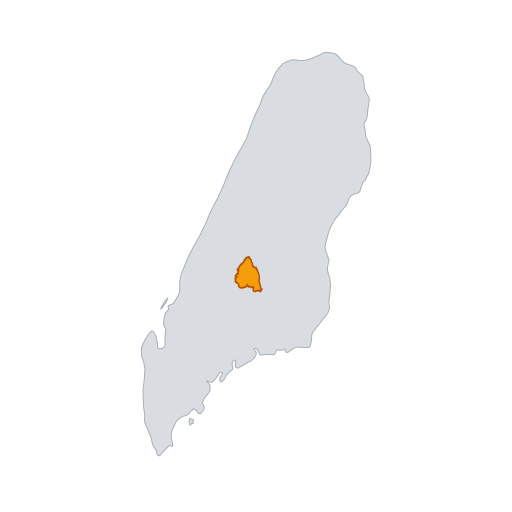 Ankazobe, Analamanga, Madagascar shown in context, rotated 189°
{"feature_id": "10022922B97289291498871", "entity_name": "Ankazobe", "entity_type": "district", "adm_level": 2, "iso_a3": "MDG", "parent_name": "Madagascar", "parent_adm1": "Analamanga", "projection": "robinson", "projection_center": [47.026, -18.235], "detail": "fine", "context": "in_parent", "style": "filled", "palette": "amber", "viewbox_px": 512, "rotation_deg": 189, "n_neighbors": 0, "source": "geoboundaries", "source_scale": "gbopen_adm2", "svg_char_len": 8168}
<svg xmlns="http://www.w3.org/2000/svg" viewBox="0 0 512 512"><g transform="rotate(189 256 256)"><path d="M329.1,54.7L330.3,58.0L331.8,61.1L336.4,68.8L338.4,71.7L340.1,74.8L340.9,81.1L343.8,90.8L346.5,105.3L347.3,120.2L348.1,127.1L350.2,133.5L353.7,140.2L354.8,147.7L352.7,155.4L349.5,162.6L348.7,163.9L347.2,165.8L346.6,165.7L344.1,163.8L342.1,160.8L339.5,153.6L338.6,150.0L337.5,149.4L334.5,149.7L332.3,152.0L331.9,153.4L332.4,157.4L333.2,161.1L333.5,164.8L333.6,169.4L334.4,170.9L335.6,172.0L336.8,175.1L337.0,182.4L336.2,186.0L334.1,189.2L334.2,190.9L335.0,192.7L334.2,193.8L331.4,195.2L330.2,196.4L328.7,199.6L326.2,206.1L325.9,209.4L327.4,219.6L326.9,226.8L323.7,240.6L321.9,247.2L319.3,255.0L315.4,265.3L311.4,278.2L308.1,291.5L305.6,299.5L302.9,307.4L299.0,321.3L295.8,335.5L291.0,351.0L284.4,368.4L283.7,370.7L282.3,379.5L280.8,387.2L279.1,394.8L275.4,407.4L275.0,411.3L274.1,415.0L270.6,422.9L269.1,425.9L268.0,429.0L267.4,432.9L266.4,436.7L263.8,443.8L259.9,449.8L257.3,452.0L251.6,455.2L248.8,455.8L242.4,455.9L236.2,457.7L229.8,461.2L223.6,465.2L221.3,467.1L218.7,468.2L210.5,468.4L208.1,467.6L199.8,461.0L196.7,459.9L190.7,459.0L188.8,458.4L187.2,457.6L184.7,454.1L179.9,451.2L178.7,450.3L178.0,448.3L177.5,446.2L176.2,443.7L175.3,439.1L173.7,435.9L169.2,430.2L168.7,428.4L168.3,422.4L168.5,418.3L168.0,410.8L168.5,407.3L170.0,404.2L169.4,400.7L167.7,397.1L167.0,393.4L165.8,390.0L161.1,383.9L160.0,380.9L159.2,377.8L157.4,368.1L157.2,364.7L157.4,357.5L158.0,353.9L159.1,351.3L159.4,349.4L160.1,347.7L161.2,346.4L162.0,344.9L163.6,335.7L165.9,333.7L169.1,332.5L171.8,330.1L173.2,326.9L174.7,320.3L178.8,313.7L180.3,310.2L183.6,305.0L186.5,297.6L187.4,294.1L188.1,290.5L188.8,282.7L189.3,278.9L189.2,275.0L187.5,271.1L183.4,263.9L183.3,262.5L183.6,257.2L183.2,253.3L181.7,249.5L179.8,245.9L177.9,239.1L176.9,227.9L177.1,223.9L176.5,220.3L175.2,216.8L176.1,210.9L188.2,189.2L188.5,186.6L188.0,180.0L188.3,176.1L188.7,174.7L189.6,173.9L191.7,173.5L201.5,172.5L202.8,171.9L205.2,170.0L208.6,166.5L210.1,165.5L211.4,165.8L212.3,167.4L213.4,168.2L217.4,166.6L218.9,166.5L220.4,166.8L221.2,165.3L221.6,163.4L222.2,162.0L223.2,161.2L228.3,160.7L231.6,160.2L235.8,158.8L236.7,159.1L240.1,164.0L241.2,164.5L242.5,164.7L243.6,163.8L240.9,161.2L240.4,159.7L240.6,158.0L242.1,154.4L244.5,151.7L250.0,147.6L255.7,142.8L257.4,142.4L258.8,143.2L259.9,148.8L259.7,149.8L260.6,149.9L261.7,149.2L262.7,146.9L262.7,145.0L261.9,143.2L261.6,141.7L261.5,140.3L264.4,136.9L266.7,133.7L267.8,129.9L268.7,128.2L271.1,126.2L271.8,126.5L272.3,128.1L272.7,129.8L272.0,131.5L271.2,133.2L270.8,135.4L272.2,135.8L273.4,135.3L275.3,131.3L277.4,127.5L278.7,125.5L280.3,124.1L283.0,124.4L285.5,125.2L281.3,121.2L280.3,115.7L285.3,106.2L285.4,104.2L286.1,103.6L286.4,102.8L283.8,99.6L283.3,98.0L283.7,95.6L284.9,93.4L286.1,91.9L287.7,91.3L288.9,92.2L291.7,94.8L293.6,95.2L295.9,92.7L297.7,89.5L300.5,87.3L303.7,86.0L308.6,81.0L311.7,70.5L312.0,67.5L311.3,63.8L310.2,60.3L308.3,55.9L308.8,54.9L311.4,55.5L312.3,54.9L315.2,51.0L320.0,43.6L321.5,43.6L322.9,45.0L323.4,47.0L324.3,48.5L327.5,52.0L329.1,54.7ZM296.0,84.0L296.0,85.2L292.4,84.7L291.9,80.7L293.6,80.6L294.0,79.0L295.1,78.8L296.3,82.3L296.0,84.0ZM339.6,195.5L336.5,201.2L337.4,196.4L341.0,189.5L342.0,188.9L339.6,195.5Z" fill="#d9dde1" stroke="#a8b0b8" stroke-width="1"/><path d="M270.3,244.2L270.4,243.8L270.5,243.7L270.7,243.4L270.6,243.2L270.7,242.9L270.8,242.7L270.9,242.4L270.9,242.2L271.2,242.0L271.2,241.8L271.2,241.6L271.4,241.5L271.4,241.2L271.5,240.9L271.3,240.7L271.9,240.4L271.9,240.2L272.0,240.2L271.9,240.0L271.7,239.6L271.8,239.6L272.0,239.6L271.9,239.4L271.7,239.4L271.8,239.2L271.3,239.2L271.1,239.2L271.2,238.9L271.0,238.6L270.9,238.4L271.0,238.2L270.9,238.1L270.9,237.9L271.1,237.8L271.0,237.6L271.1,237.4L271.1,237.5L271.4,237.7L271.3,237.3L271.2,237.2L271.4,236.9L271.4,236.7L271.2,236.6L271.2,236.3L271.3,236.2L271.1,236.0L271.1,235.8L271.3,236.0L271.6,235.9L271.9,235.6L271.7,235.4L271.8,235.2L272.1,235.1L272.3,235.0L272.0,234.6L272.1,234.4L272.3,234.2L272.5,234.3L272.5,234.1L272.8,233.9L273.0,233.7L272.9,233.5L272.8,233.4L273.0,233.1L272.8,233.1L272.7,233.0L272.9,232.8L272.8,232.6L272.7,232.4L272.7,232.2L272.4,232.3L272.3,232.1L272.4,231.9L272.4,231.6L272.2,231.7L272.4,231.4L272.5,231.2L272.6,230.9L272.8,230.8L272.9,230.6L272.6,230.5L272.7,230.2L272.8,230.1L272.5,229.9L272.7,229.5L272.4,229.0L272.6,228.6L272.2,228.2L272.1,227.9L272.1,227.7L272.0,227.4L272.3,227.3L272.3,227.1L272.2,227.0L271.5,227.1L271.2,227.0L270.9,226.8L270.7,226.8L270.6,226.7L270.7,226.3L270.0,226.2L269.9,226.1L269.6,226.0L269.2,225.7L268.6,224.8L268.4,224.2L268.4,223.9L268.4,223.5L268.5,223.4L268.5,223.2L268.4,222.9L268.4,223.0L268.2,223.2L267.9,223.0L267.7,222.9L267.7,222.7L267.3,222.5L267.2,222.5L266.5,222.1L266.1,222.1L265.9,222.2L265.7,222.1L265.6,222.4L265.4,222.4L265.3,222.6L265.0,222.6L264.8,222.7L264.5,222.6L264.3,222.3L264.1,222.3L263.6,222.7L263.5,222.8L263.4,223.4L263.1,223.5L262.9,223.7L262.6,223.4L262.3,223.4L262.2,223.2L261.7,223.3L261.5,223.7L261.4,223.8L261.1,224.1L260.6,224.6L260.4,225.2L260.4,225.6L260.5,226.0L260.4,226.2L260.0,226.2L259.9,226.0L259.8,225.9L259.8,225.6L259.6,225.2L259.4,225.0L258.8,224.3L258.5,224.9L258.1,224.9L258.0,224.7L257.7,224.8L257.6,224.7L257.4,224.9L257.2,224.8L257.0,225.0L256.8,225.0L256.8,224.7L256.6,224.7L256.5,224.8L256.4,224.8L256.4,224.6L255.9,224.5L255.8,224.3L255.5,224.4L255.5,224.2L255.3,224.2L255.2,224.2L254.8,224.3L254.7,224.4L254.7,224.5L254.3,224.6L254.2,224.8L253.9,225.0L253.7,225.1L253.4,224.6L253.5,224.2L253.5,223.0L253.6,222.4L253.5,222.0L253.3,221.5L253.2,221.4L253.1,221.2L252.8,220.9L252.5,220.9L252.2,221.1L251.6,220.8L251.6,221.0L251.3,221.0L251.0,221.3L250.5,221.4L250.2,221.6L249.8,221.8L249.7,221.8L249.5,221.7L249.4,222.0L248.9,222.3L248.8,222.1L248.5,222.2L248.3,221.9L248.1,222.0L247.8,222.2L247.3,222.0L246.9,222.2L246.5,222.1L246.4,222.0L246.4,221.6L246.1,221.6L246.0,222.0L245.9,222.2L245.9,222.4L245.7,222.6L245.4,222.6L245.4,222.8L245.6,222.9L245.8,223.1L245.6,223.2L245.4,223.1L245.4,223.3L245.2,223.5L245.4,223.6L245.1,223.8L245.3,224.1L245.2,224.4L245.3,224.5L245.5,224.4L245.5,224.6L245.8,224.6L246.0,224.8L246.2,225.0L246.4,225.3L246.5,225.7L246.6,225.8L246.6,226.0L246.6,226.3L247.0,227.0L247.2,227.7L247.6,228.1L247.6,228.5L247.8,228.8L248.0,228.8L248.0,229.0L248.2,229.3L248.2,229.6L248.3,229.7L248.3,229.8L248.6,230.3L248.4,230.5L248.5,230.7L248.7,230.8L248.8,231.4L249.0,231.4L249.1,231.6L249.1,231.8L249.1,232.7L249.1,232.8L249.0,233.1L249.3,233.3L249.3,233.7L249.3,234.0L249.2,234.2L249.2,234.8L249.3,235.1L249.5,235.3L249.5,235.9L249.6,236.5L250.1,237.3L250.1,237.5L250.4,238.0L250.4,238.3L250.4,238.5L250.6,238.9L250.8,239.2L251.0,239.7L251.2,240.0L251.4,240.1L251.5,240.4L251.8,240.6L251.9,240.8L252.2,241.2L252.2,241.6L252.3,241.7L252.3,241.9L252.2,242.3L252.3,242.4L252.4,242.5L252.6,242.6L252.8,242.6L253.0,242.8L253.3,242.8L253.6,243.3L253.5,243.6L253.6,243.8L254.0,244.4L254.1,244.0L254.7,244.3L254.8,244.4L255.0,244.4L255.3,244.4L255.5,244.6L255.8,244.5L256.1,244.9L256.5,245.2L256.6,244.9L257.0,244.9L257.1,245.6L257.4,245.7L257.5,245.7L257.8,245.7L257.9,245.9L257.8,246.2L257.9,246.4L258.0,246.9L258.3,247.4L258.3,247.8L258.4,248.0L258.6,248.4L259.1,249.0L259.2,248.8L259.6,249.1L259.7,249.4L259.7,249.6L259.9,250.0L260.0,250.3L260.1,250.9L260.1,251.1L260.3,251.6L260.5,251.6L260.7,251.8L261.0,251.9L261.2,252.2L261.5,252.4L261.6,252.7L262.0,252.8L262.2,253.0L262.4,252.9L262.5,253.0L262.7,252.9L262.7,253.2L262.9,253.7L262.8,253.9L263.7,253.8L263.7,254.0L263.8,254.0L263.9,253.6L264.2,253.1L264.3,252.9L265.0,252.8L265.4,253.0L265.5,252.9L265.6,252.7L265.8,252.6L265.7,252.0L265.7,251.8L265.6,251.6L265.6,251.4L265.7,251.2L265.8,250.7L266.1,250.5L266.3,250.8L266.5,250.9L266.8,250.7L266.7,250.5L266.9,250.2L266.9,249.9L267.0,249.7L267.0,249.4L267.1,249.1L267.2,248.9L267.1,248.6L267.0,248.4L267.6,247.8L267.8,247.5L268.1,247.4L268.1,246.9L268.1,246.5L268.2,246.4L268.3,246.3L268.5,246.4L268.8,246.3L268.6,246.1L268.6,245.8L268.9,245.7L269.1,245.4L269.3,245.3L269.4,245.1L269.7,245.1L269.8,245.1L269.9,244.9L269.8,244.4L269.9,244.2L270.3,244.2Z" fill="#f59e0b" stroke="#b45309" stroke-width="1.5"/></g></svg>